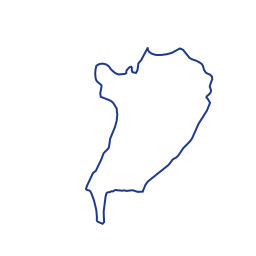 outline of Nangarhar, rotated 302°
{"feature_id": "AFG-1764", "entity_name": "Nangarhar", "entity_type": "Province", "adm_level": 1, "iso_a3": "AFG", "parent_name": "Afghanistan", "parent_adm1": "", "projection": "robinson", "projection_center": [70.357, 34.369], "detail": "fine", "context": "isolated", "style": "outline", "palette": "blue", "viewbox_px": 256, "rotation_deg": 302, "n_neighbors": 0, "source": "natural_earth", "source_scale": "10m", "svg_char_len": 1954}
<svg xmlns="http://www.w3.org/2000/svg" viewBox="0 0 256 256"><g transform="rotate(302 128 128)"><path d="M206.8,102.2L205.1,103.0L203.8,105.4L203.6,108.5L204.3,111.6L205.4,114.2L207.8,117.8L211.1,121.8L214.7,125.2L222.9,129.8L223.5,133.2L220.1,142.9L220.1,145.4L221.2,150.2L221.5,153.0L221.4,156.3L220.7,158.2L217.4,161.9L216.2,164.7L216.3,166.9L216.7,169.1L216.2,171.8L214.3,173.5L208.6,174.7L206.2,175.5L204.9,177.4L203.6,178.6L201.9,179.2L199.8,179.0L196.6,178.0L195.5,178.3L195.0,180.1L192.9,184.2L184.7,185.7L169.0,185.6L153.5,187.8L149.9,187.7L140.3,185.6L131.0,185.2L128.8,184.6L124.9,182.6L118.3,182.0L93.2,173.2L89.3,172.9L83.2,173.9L81.9,174.3L81.0,173.0L79.0,170.1L77.8,165.3L76.5,163.3L75.6,162.3L73.8,160.0L73.2,158.1L73.0,157.7L72.7,157.3L71.8,156.4L71.5,156.0L71.3,155.5L70.9,154.4L69.7,152.4L69.2,151.0L68.9,150.4L68.5,150.0L67.9,149.6L66.6,149.0L66.3,148.8L66.0,148.4L65.7,147.7L65.4,147.4L65.1,147.1L64.1,146.6L63.9,146.4L63.6,146.1L62.8,145.0L62.2,144.6L61.4,144.4L60.2,144.6L57.8,145.4L44.1,151.7L35.5,157.6L33.3,157.2L32.5,152.2L32.7,151.2L33.0,150.7L33.7,150.1L35.6,149.1L41.4,144.8L48.6,137.5L53.3,131.4L54.1,130.0L54.4,128.8L54.4,128.1L53.8,126.2L53.8,125.5L53.8,125.0L53.9,124.7L57.7,123.8L71.2,122.2L74.7,123.4L87.2,122.0L93.7,120.7L100.4,122.2L102.4,121.7L109.3,118.6L121.5,116.5L128.1,114.6L133.9,111.7L135.4,110.4L138.6,108.0L141.5,101.9L141.8,100.0L141.8,97.6L140.0,88.4L142.8,86.0L148.9,83.7L150.2,82.8L151.1,77.2L151.8,75.6L153.1,74.1L156.7,71.4L160.7,69.3L164.2,68.2L167.3,70.0L169.2,72.5L169.6,73.6L170.2,75.3L170.3,76.1L170.3,76.8L170.1,78.9L169.8,80.0L169.0,81.7L168.4,83.8L167.9,87.1L167.9,89.3L168.5,91.8L172.2,96.6L172.8,97.0L173.6,97.4L174.1,97.2L175.3,96.5L176.3,96.3L177.7,96.5L180.1,97.0L181.1,97.6L181.6,98.2L181.4,98.8L181.1,99.3L180.4,99.8L178.9,100.7L178.2,101.6L177.7,102.2L178.9,105.6L182.2,105.3L188.3,102.6L192.6,103.2L206.7,102.2L206.8,102.2Z" fill="none" stroke="#1e3a8a" stroke-width="2"/></g></svg>